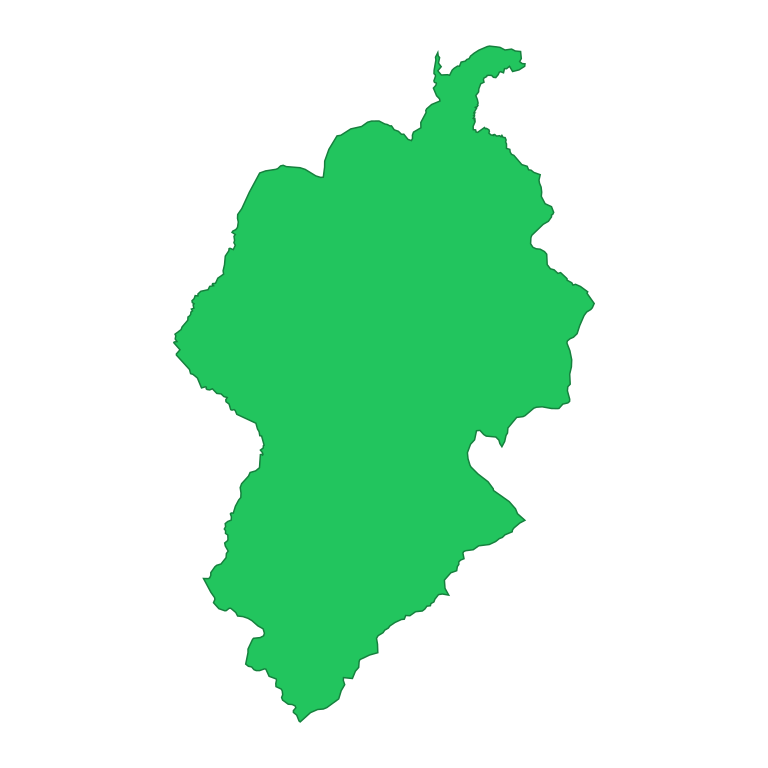 the district of Carmen De Carupa, Cundinamarca, Colombia
{"feature_id": "7082276B22824140960773", "entity_name": "Carmen De Carupa", "entity_type": "district", "adm_level": 2, "iso_a3": "COL", "parent_name": "Colombia", "parent_adm1": "Cundinamarca", "projection": "orthographic", "projection_center": [-73.909, 5.336], "detail": "fine", "context": "isolated", "style": "filled", "palette": "green", "viewbox_px": 768, "rotation_deg": 0, "n_neighbors": 0, "source": "geoboundaries", "source_scale": "gbopen_adm2", "svg_char_len": 6062}
<svg xmlns="http://www.w3.org/2000/svg" viewBox="0 0 768 768"><path d="M194.1,303.8L193.1,304.9L193.9,308.2L191.4,309.1L192.5,310.9L190.9,312.1L190.7,314.3L189.7,315.8L188.0,317.0L187.8,320.2L182.1,326.9L181.1,329.6L175.0,334.2L175.8,335.8L175.2,339.0L177.0,341.6L174.2,342.0L173.8,342.7L180.0,349.8L176.4,353.9L176.4,355.1L189.5,369.5L190.6,373.6L193.0,374.4L197.4,378.0L201.5,387.9L205.4,386.8L206.3,387.2L206.2,388.7L207.1,389.5L209.7,389.9L212.4,388.8L216.8,393.4L221.1,393.9L223.9,396.6L227.2,397.5L225.8,399.8L226.0,401.7L229.1,404.1L230.7,409.6L232.0,410.1L234.1,409.6L235.2,410.5L236.8,414.3L255.9,423.2L257.5,429.0L259.1,431.7L259.8,435.7L261.6,436.0L264.1,445.2L263.4,445.6L263.2,448.0L260.4,450.1L262.3,452.4L263.0,454.4L262.6,455.1L261.7,454.4L260.4,454.6L259.5,467.7L255.6,470.9L250.1,472.5L248.5,476.1L241.6,483.7L240.2,487.6L241.0,493.0L240.8,497.5L238.7,500.0L235.4,506.2L233.3,513.1L231.2,513.0L230.4,513.9L231.4,516.8L231.2,520.1L227.7,521.5L225.2,523.6L225.6,526.7L224.3,529.0L225.6,530.7L225.5,533.4L227.8,535.0L228.0,539.2L227.6,540.6L224.7,543.0L225.3,546.0L228.2,551.1L226.4,553.5L226.1,557.6L221.0,564.0L216.7,565.3L214.9,566.8L210.8,572.6L210.8,575.4L209.6,578.0L208.2,578.6L203.5,578.5L210.9,592.3L214.6,597.6L214.9,599.4L213.5,602.7L218.9,608.7L224.9,610.8L226.3,610.6L229.1,608.3L230.8,608.3L235.8,612.5L237.6,616.0L243.0,616.6L248.0,618.3L251.9,620.6L257.9,625.9L263.1,628.8L264.4,633.2L263.6,635.8L260.2,637.6L253.5,638.3L252.5,639.5L248.0,649.1L248.0,652.7L245.7,664.1L248.4,666.3L251.6,666.9L254.0,669.7L256.3,670.6L259.6,670.6L264.4,668.9L265.9,669.2L269.1,676.3L276.1,678.9L276.5,680.1L275.8,683.5L276.0,686.6L281.1,689.0L282.2,690.7L282.7,694.8L281.6,697.5L282.6,700.1L288.2,704.2L292.2,704.5L295.1,705.9L295.8,707.8L293.4,710.6L293.4,712.4L296.7,715.1L299.1,721.1L300.2,721.9L310.5,712.6L317.6,709.5L323.4,709.0L326.8,707.6L338.7,698.9L341.2,690.7L344.7,684.7L343.3,680.4L343.5,677.6L352.4,678.5L355.4,671.2L358.7,667.4L359.1,661.6L359.9,659.6L369.6,655.0L377.8,652.7L377.5,644.2L376.5,638.3L378.2,635.6L383.0,632.7L384.8,630.1L388.3,628.1L389.9,625.9L395.1,622.4L401.4,619.5L404.3,619.2L405.7,615.5L409.9,615.7L415.6,611.7L422.3,611.0L424.8,609.1L426.9,606.2L430.4,605.7L430.9,603.6L433.9,601.9L434.9,599.2L438.5,594.6L442.4,594.0L448.7,595.1L445.0,588.3L444.4,580.1L450.8,572.8L456.7,570.7L457.3,566.6L458.8,564.5L458.8,561.8L460.6,560.1L464.0,558.7L462.9,553.0L463.7,551.6L465.7,550.7L473.3,549.7L478.7,545.8L489.3,544.5L495.7,541.5L499.3,538.6L502.4,537.4L505.0,534.8L512.2,531.8L512.5,529.9L514.0,527.9L519.8,523.0L524.9,520.3L517.5,513.7L515.5,508.8L509.2,501.6L493.5,490.5L493.2,488.7L488.1,481.8L478.0,474.0L471.0,467.0L470.0,465.3L468.0,458.7L467.4,452.7L470.5,444.3L474.6,439.8L476.5,430.7L480.0,430.4L483.7,434.5L486.2,436.1L495.8,437.0L498.9,440.1L499.9,443.6L501.9,446.7L504.7,441.4L506.0,435.5L507.5,433.0L507.9,428.0L516.7,417.4L523.1,416.6L525.1,415.6L533.8,408.2L536.5,407.2L542.2,406.8L551.6,408.5L557.8,408.6L559.0,408.4L562.8,404.1L567.9,402.9L569.6,401.4L569.7,399.2L567.4,390.8L567.8,386.7L570.2,384.2L569.7,374.1L571.4,366.9L571.7,359.8L569.9,350.8L566.9,343.0L567.4,340.9L570.1,338.7L573.5,337.2L577.1,333.7L579.7,325.6L584.1,315.5L586.7,312.0L590.8,309.5L592.3,307.8L594.2,303.5L587.0,293.3L587.7,291.8L580.5,286.5L575.5,284.3L573.0,285.1L571.8,282.8L567.1,280.2L567.0,278.6L560.6,272.6L557.9,273.4L554.1,269.8L550.4,268.8L547.2,264.6L546.7,254.2L544.5,251.6L540.2,249.2L536.2,248.8L532.9,247.3L530.6,243.7L530.9,237.7L531.8,235.3L543.2,224.3L548.4,221.3L551.5,216.9L551.5,215.0L552.7,214.4L553.7,212.4L551.5,206.7L545.1,203.7L541.3,196.4L541.7,192.2L541.1,187.1L539.5,183.2L539.0,180.1L540.2,174.7L533.8,172.4L531.1,170.2L528.6,169.8L527.2,166.3L521.8,164.6L513.9,155.4L511.5,154.3L510.2,152.1L509.8,149.4L506.5,148.4L506.5,143.9L505.6,142.0L506.1,140.0L505.1,137.6L503.1,137.4L501.9,135.4L501.0,136.8L499.7,135.7L496.5,136.1L494.7,134.5L493.4,134.7L493.5,135.5L490.9,134.9L488.9,133.1L489.4,131.3L488.9,129.8L486.5,128.4L485.4,128.7L484.5,127.5L477.6,132.4L476.1,132.0L475.6,129.9L473.3,129.7L473.1,126.4L475.0,122.0L474.2,119.6L474.5,119.0L474.9,119.5L474.8,118.4L473.3,118.3L474.5,116.1L473.8,115.5L474.5,115.2L474.3,113.4L474.8,113.0L473.9,112.8L476.6,108.1L475.4,107.3L477.3,106.5L478.0,105.2L477.4,104.7L478.1,103.1L477.3,99.3L475.8,95.6L478.6,91.9L478.8,88.9L480.7,83.8L484.0,82.2L483.4,79.6L484.0,78.0L486.6,76.6L487.1,75.5L488.5,75.3L491.6,75.4L493.4,77.3L495.8,77.6L498.2,74.7L499.3,72.2L500.7,71.7L503.5,72.8L504.5,68.6L506.6,68.7L509.5,66.3L512.6,71.5L519.0,69.9L524.7,66.3L525.0,63.8L522.2,63.6L519.6,61.6L521.3,58.6L520.6,51.5L515.3,51.0L511.6,49.1L505.0,50.0L500.1,47.4L496.7,46.9L489.5,46.1L487.2,46.6L478.8,50.2L474.1,53.2L470.5,56.1L469.1,58.7L466.8,59.5L465.3,61.1L461.1,62.1L459.5,66.2L457.5,66.1L454.1,68.3L452.2,70.1L449.6,75.3L447.7,74.7L441.3,75.0L437.8,70.8L441.2,66.7L438.5,63.1L439.6,57.6L438.2,55.8L437.8,52.6L435.5,57.2L435.9,60.0L434.1,70.3L434.0,73.7L435.2,74.6L435.5,76.1L433.9,80.9L434.5,82.4L436.3,83.0L436.4,83.6L435.8,85.4L433.4,88.1L436.6,95.8L439.5,98.8L440.0,101.0L431.6,104.5L426.7,108.8L425.8,110.5L426.1,112.5L420.8,122.5L420.9,127.8L413.5,132.1L412.4,135.2L412.5,138.5L411.4,140.6L408.0,139.4L403.8,134.2L401.5,134.3L398.4,131.3L394.2,129.8L391.5,125.9L389.9,125.9L387.3,124.5L384.8,124.0L379.0,121.0L371.5,121.1L367.6,122.2L361.6,126.5L350.8,128.9L340.8,135.3L337.0,135.9L328.9,149.3L324.7,161.1L324.6,167.1L323.3,177.2L320.6,177.4L315.8,175.9L305.2,169.4L300.0,167.7L286.2,166.6L283.2,165.3L280.6,165.9L277.9,168.5L276.0,169.3L265.6,170.9L259.7,173.0L249.3,192.3L241.8,208.6L237.7,214.5L237.5,218.3L238.3,222.0L237.5,227.4L235.8,229.6L232.8,231.1L232.0,232.4L235.3,234.5L234.0,236.3L234.6,240.5L233.9,242.7L235.3,245.2L233.3,249.6L230.0,248.3L229.1,248.6L228.8,250.8L225.3,256.1L224.5,264.8L223.1,270.8L223.6,274.1L217.8,278.2L215.5,283.3L212.7,283.6L212.3,284.3L213.5,285.7L209.7,286.4L208.1,289.7L200.8,291.3L198.0,293.9L197.9,295.9L195.2,295.6L194.1,298.7L192.0,300.7L192.3,302.6L194.1,303.8Z" fill="#22c55e" stroke="#15803d" stroke-width="1.5"/></svg>